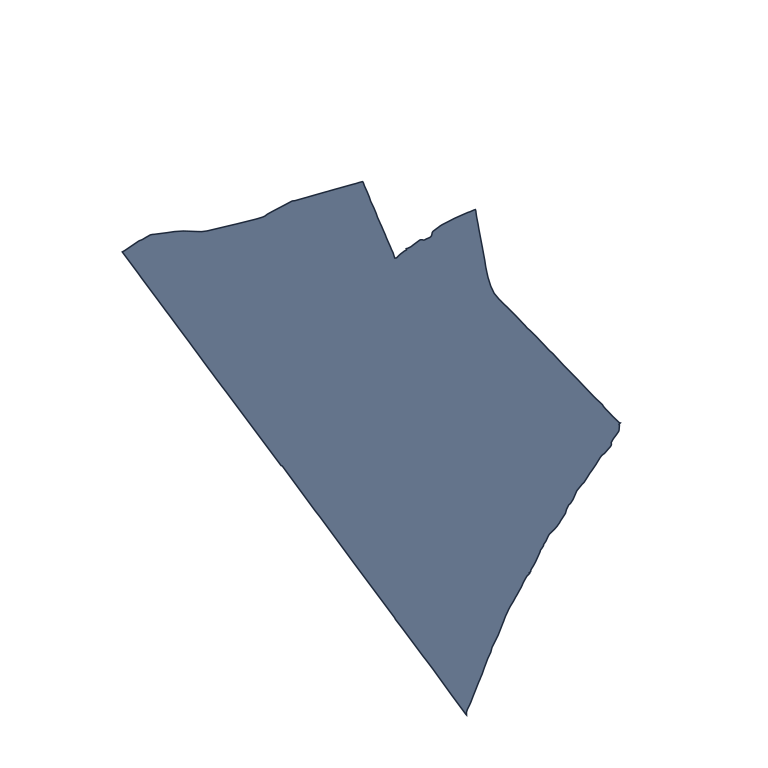 the district of Lak Si, Bangkok Metropolis, Thailand, rotated 312°
{"feature_id": "78962969B56226274044395", "entity_name": "Lak Si", "entity_type": "district", "adm_level": 2, "iso_a3": "THA", "parent_name": "Thailand", "parent_adm1": "Bangkok Metropolis", "projection": "natural_earth1", "projection_center": [100.575, 13.882], "detail": "fine", "context": "isolated", "style": "filled", "palette": "slate", "viewbox_px": 768, "rotation_deg": 312, "n_neighbors": 0, "source": "geoboundaries", "source_scale": "gbopen_adm2", "svg_char_len": 5439}
<svg xmlns="http://www.w3.org/2000/svg" viewBox="0 0 768 768"><g transform="rotate(312 384 384)"><path d="M574.8,335.2L573.3,334.3L572.1,333.8L571.7,333.6L569.4,332.6L568.8,332.2L567.8,331.6L566.7,331.1L562.1,329.0L554.2,325.5L547.8,323.1L541.3,320.6L538.8,319.9L537.6,319.7L536.9,319.6L534.7,319.1L532.0,318.6L531.5,318.5L530.6,318.3L530.1,318.3L529.3,318.4L528.8,318.5L528.5,318.7L526.8,319.7L525.9,320.1L525.6,320.1L524.9,320.2L523.6,320.0L522.7,319.6L521.4,319.0L521.2,318.9L520.2,318.4L519.0,318.0L518.5,317.9L518.0,317.6L517.5,317.2L517.3,317.0L516.9,316.1L516.8,315.9L515.9,314.9L515.5,314.6L515.3,314.4L514.6,314.2L509.7,313.2L506.2,312.5L504.7,312.3L503.6,312.0L500.5,310.7L499.9,310.2L499.4,309.9L498.9,310.8L498.8,311.0L498.7,311.0L498.3,310.9L498.1,310.8L497.8,310.7L496.8,310.3L496.1,310.1L494.9,309.9L491.8,309.3L489.9,309.1L488.1,309.0L486.8,309.0L486.5,308.9L486.3,308.9L485.8,308.7L484.8,307.8L485.7,306.1L487.1,303.8L487.7,302.8L489.0,299.5L490.3,296.9L492.9,291.0L494.6,287.3L495.7,285.3L497.8,280.6L500.0,275.9L500.7,274.0L501.3,272.8L503.5,267.7L505.6,264.0L508.1,258.7L510.9,251.8L513.0,248.2L515.6,242.8L518.1,237.0L518.6,236.1L519.7,234.1L520.0,233.2L520.1,232.7L519.6,232.3L517.0,230.6L515.6,229.8L513.9,228.8L512.0,227.5L495.8,217.2L479.9,207.2L467.1,199.2L464.1,197.3L462.0,196.0L460.9,195.3L460.5,195.0L458.7,193.4L458.3,193.2L457.5,192.9L443.9,187.9L437.1,185.4L436.5,185.2L432.8,183.9L432.2,183.7L431.7,183.6L429.5,183.2L429.0,183.1L428.6,182.9L427.2,182.3L426.5,181.9L425.6,181.4L424.0,180.4L423.1,179.9L420.4,178.2L403.2,166.6L402.4,166.0L379.8,150.4L379.0,149.8L375.3,146.6L375.1,146.4L372.7,143.6L365.0,134.4L364.4,133.7L363.5,132.6L357.1,126.3L356.0,125.4L354.4,124.1L350.8,121.1L344.9,116.0L341.5,113.1L340.2,111.8L339.3,111.2L339.0,110.9L337.8,110.3L336.4,109.9L333.5,108.9L330.4,108.0L328.6,107.3L327.4,106.6L326.5,106.2L325.9,106.0L309.6,102.0L307.0,101.1L301.7,127.6L300.5,132.9L298.1,144.9L296.7,151.8L295.2,159.4L294.2,164.2L293.2,169.3L292.6,172.0L291.3,178.9L289.7,186.7L288.3,193.5L286.0,205.1L284.8,211.2L283.4,217.7L281.7,226.1L279.8,235.0L278.6,240.9L278.1,243.3L276.8,250.0L275.6,255.7L274.9,259.4L273.6,265.9L273.6,266.0L273.2,268.3L272.8,270.2L272.7,271.0L254.5,362.1L255.0,363.2L254.3,366.7L254.0,368.0L243.6,418.1L242.8,422.9L242.7,423.5L242.3,425.7L234.7,462.5L230.8,481.3L217.4,548.3L216.7,550.0L214.7,561.0L213.0,569.5L211.3,578.0L207.8,595.3L206.8,601.1L204.9,610.9L198.0,642.7L193.4,665.3L193.3,665.7L193.2,666.9L195.3,664.9L198.0,663.7L202.7,662.4L205.8,661.4L211.7,659.1L217.7,656.9L223.0,654.9L226.3,653.7L228.6,653.0L231.2,652.0L233.7,651.2L234.0,651.1L240.3,648.4L245.5,646.4L246.2,646.1L249.5,644.8L252.6,643.9L254.5,643.3L255.3,643.1L256.2,642.8L260.6,640.5L261.4,640.3L269.9,638.0L270.5,637.8L273.5,637.0L281.5,634.0L285.7,632.4L288.3,631.5L289.3,631.0L293.0,629.6L297.4,628.3L299.5,627.6L303.4,626.6L309.0,625.6L314.2,624.3L315.1,624.2L319.5,623.2L320.7,622.9L321.4,622.7L321.6,622.7L324.8,622.0L326.0,621.6L327.1,621.3L328.3,620.8L330.8,620.1L334.7,619.2L336.2,618.9L337.0,618.8L337.6,618.8L338.5,618.9L339.5,618.9L340.7,619.0L341.0,618.2L341.4,618.4L341.6,618.4L341.7,618.5L342.0,618.5L342.4,618.5L342.6,618.5L342.9,618.4L343.2,618.3L343.5,618.0L343.6,617.9L343.9,617.7L344.1,617.6L344.5,617.5L346.4,617.1L346.6,617.1L349.7,616.5L353.4,615.6L355.9,614.8L361.9,612.9L362.5,612.7L363.9,612.2L364.8,611.7L365.6,611.4L367.4,611.3L370.3,610.8L370.7,610.7L371.2,610.2L371.8,610.0L375.5,609.5L375.9,609.4L380.7,607.9L382.4,607.5L383.5,607.4L384.6,607.5L390.6,607.9L394.7,607.8L395.7,607.6L398.6,607.3L399.4,607.0L401.0,606.7L403.0,606.4L407.6,605.7L409.3,605.4L412.5,603.8L413.4,603.4L413.9,603.3L415.7,602.8L416.7,602.5L417.7,602.2L420.0,602.5L424.5,601.8L425.1,601.6L425.8,601.4L432.9,599.0L433.1,598.9L434.2,598.7L442.3,598.3L443.0,598.4L444.8,598.5L446.7,598.2L451.5,597.4L455.1,596.7L458.3,596.4L460.0,596.2L466.6,595.3L466.9,595.2L473.8,593.9L475.9,593.7L476.7,593.7L478.9,594.0L479.6,594.3L480.5,594.3L481.8,594.3L485.6,594.2L488.7,594.2L489.3,594.1L489.8,594.0L490.1,594.0L490.8,593.7L491.2,593.5L491.6,593.2L492.1,592.5L492.2,592.4L492.6,592.0L493.0,591.9L493.7,591.8L495.6,591.3L497.5,591.0L502.4,590.6L503.6,590.4L505.3,590.2L506.2,590.0L506.7,589.7L507.1,589.5L511.0,586.5L511.0,586.0L511.0,585.9L511.2,585.7L511.7,585.6L513.2,585.7L512.7,584.7L513.0,575.5L513.6,568.1L513.7,565.7L513.9,564.2L514.2,562.0L514.8,560.2L514.9,556.5L514.9,552.2L515.1,548.0L516.0,536.1L516.7,527.7L516.9,525.4L517.3,518.5L517.8,510.3L518.1,504.9L519.3,492.3L519.6,489.4L519.6,487.1L519.5,485.2L519.7,482.2L520.0,479.4L520.2,477.0L520.3,476.0L520.4,474.3L520.7,470.3L521.1,466.1L521.1,465.8L521.2,464.5L521.3,461.2L521.5,457.1L521.5,456.6L521.4,453.1L521.7,450.7L521.8,450.0L521.9,449.8L521.9,449.0L522.1,445.9L522.5,441.4L522.9,436.6L523.4,426.9L523.6,423.8L523.6,420.3L523.8,416.5L523.9,415.9L524.0,412.8L525.1,405.2L526.3,402.3L526.5,401.9L527.7,398.9L528.3,397.6L530.2,394.4L530.9,393.2L531.3,392.6L532.0,391.4L532.1,391.1L533.0,389.7L534.8,387.2L535.7,385.9L538.0,382.8L538.4,382.2L539.4,380.9L540.8,379.2L543.7,375.7L543.9,375.4L546.8,371.6L548.9,368.9L549.5,368.1L549.7,367.8L551.7,365.3L551.8,365.1L556.2,359.3L562.5,351.0L564.1,349.0L566.1,346.5L566.8,345.5L567.0,345.2L567.5,344.6L568.0,343.9L568.4,343.4L568.6,343.1L569.9,341.4L570.6,340.5L573.3,337.3L573.6,337.0L574.0,336.6L574.3,336.0L574.4,335.9L574.8,335.2Z" fill="#64748b" stroke="#1e293b" stroke-width="1.5"/></g></svg>